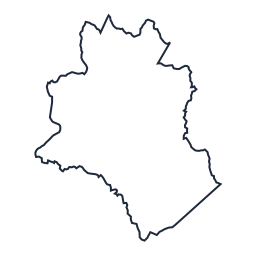 outline of Lagoa do Tocantins, Tocantins, Brazil
{"feature_id": "56859067B37733524281013", "entity_name": "Lagoa do Tocantins", "entity_type": "district", "adm_level": 2, "iso_a3": "BRA", "parent_name": "Brazil", "parent_adm1": "Tocantins", "projection": "natural_earth1", "projection_center": [-47.496, -10.345], "detail": "fine", "context": "isolated", "style": "outline", "palette": "slate", "viewbox_px": 256, "rotation_deg": 0, "n_neighbors": 0, "source": "geoboundaries", "source_scale": "gbopen_adm2", "svg_char_len": 3436}
<svg xmlns="http://www.w3.org/2000/svg" viewBox="0 0 256 256"><path d="M220.6,184.1L217.9,182.9L216.4,182.5L215.3,180.2L214.0,178.2L214.0,176.1L211.8,175.3L211.3,173.6L210.4,171.0L209.4,167.2L209.7,164.0L209.0,161.5L209.6,158.6L208.0,154.5L207.6,152.2L204.9,149.5L203.2,150.3L201.2,150.3L199.5,150.8L197.3,150.8L195.1,150.3L193.0,148.6L191.2,147.0L190.6,144.8L189.0,142.1L187.7,140.0L186.2,137.9L183.7,138.8L183.8,135.7L185.2,133.1L187.2,132.8L187.0,130.8L187.2,128.5L185.1,127.3L185.0,125.1L186.0,123.2L186.6,121.2L185.2,119.7L183.7,117.3L185.1,115.7L185.1,113.2L186.1,111.7L183.9,110.7L185.8,108.8L185.9,106.1L186.7,104.6L187.2,102.8L188.6,100.9L190.8,100.3L191.4,98.1L191.0,95.7L191.7,94.1L192.3,91.7L194.5,91.1L196.4,89.2L195.1,88.1L194.3,86.4L192.6,87.2L191.1,87.3L191.9,85.5L191.8,82.7L190.3,80.8L190.4,78.1L189.6,75.6L190.1,73.9L191.3,72.2L189.7,70.3L188.8,69.0L188.6,67.2L187.3,66.1L185.2,65.8L182.9,66.9L180.8,68.0L179.4,69.0L177.6,69.0L175.8,68.8L173.7,68.3L172.3,65.3L169.9,65.4L167.3,65.8L165.8,65.9L163.9,65.4L160.8,63.3L157.8,63.5L170.1,42.4L167.7,43.9L165.9,43.5L164.2,42.2L162.1,39.7L160.5,37.5L159.9,34.1L158.6,32.1L157.3,29.1L155.8,29.3L153.9,28.4L153.7,25.6L154.4,23.2L153.5,21.7L150.9,20.7L148.1,19.6L146.0,20.6L145.0,23.0L142.7,25.5L142.0,27.3L140.4,29.0L140.4,32.6L139.6,34.7L136.8,35.7L134.1,36.8L132.1,35.3L131.0,33.4L128.3,32.7L126.4,33.5L123.9,31.1L122.4,28.7L120.5,29.1L118.8,28.5L116.9,28.6L115.3,27.6L113.5,25.8L112.3,23.7L111.6,21.9L110.6,20.4L110.1,17.1L108.6,15.4L107.1,18.3L100.5,32.7L99.7,30.7L98.6,29.4L97.0,29.0L94.7,25.5L93.4,24.8L91.4,24.1L89.6,22.8L87.2,22.2L85.7,21.9L84.7,24.9L82.9,27.3L82.4,30.9L81.0,31.8L80.1,33.6L80.5,35.5L81.6,37.0L81.6,39.2L80.9,41.1L80.9,42.8L80.3,45.1L81.3,48.5L81.3,50.7L82.3,52.1L81.5,54.6L81.4,57.9L82.4,60.3L84.7,63.5L85.9,64.9L87.2,67.7L86.8,70.1L86.0,72.0L84.3,74.2L82.5,72.9L79.7,73.6L77.9,73.7L75.0,73.0L73.3,72.4L71.8,72.2L70.4,72.9L67.4,74.2L65.8,75.8L62.9,75.6L61.1,75.7L59.7,76.7L58.7,78.6L57.0,81.5L55.2,82.3L53.5,82.2L52.3,80.6L50.4,81.7L49.7,83.3L48.1,82.6L47.5,84.5L46.8,86.8L48.0,92.0L49.0,94.0L49.7,95.7L52.1,96.7L52.1,102.4L49.9,117.4L52.0,121.1L53.3,122.1L55.2,122.9L58.8,124.4L60.0,125.7L60.4,127.7L60.2,129.9L59.2,132.2L56.0,133.9L52.9,135.7L50.8,138.0L48.3,140.5L46.6,142.0L45.1,143.6L43.9,145.1L42.2,145.9L40.1,147.6L38.5,148.3L37.2,149.3L36.1,150.8L35.4,152.7L35.5,155.0L36.1,157.0L38.9,156.6L41.8,158.2L41.8,160.2L42.1,162.1L44.8,163.0L47.5,163.3L48.1,160.4L50.8,161.6L52.6,162.1L54.1,163.0L54.6,161.3L56.7,162.2L58.3,164.3L60.3,165.6L59.8,168.5L61.6,170.5L63.0,171.3L64.6,169.0L66.2,169.4L67.8,169.0L69.3,167.0L71.8,167.3L73.7,166.5L75.1,167.0L76.3,168.3L79.6,166.1L82.0,167.0L83.2,168.4L84.0,169.9L86.1,171.7L87.8,173.1L89.8,173.5L92.9,173.9L96.0,174.3L98.0,175.3L98.6,177.0L100.8,175.1L102.0,176.3L103.5,178.4L104.9,180.9L105.9,182.7L107.0,184.2L108.6,184.8L110.1,185.0L110.9,187.7L110.9,190.6L112.6,190.0L114.2,189.6L115.8,189.4L117.0,190.4L116.7,192.1L114.9,193.6L116.5,194.2L117.4,195.7L118.6,194.4L120.9,194.6L122.3,196.0L122.9,199.3L123.6,203.2L126.3,202.9L127.3,205.1L126.5,207.3L127.8,210.5L127.6,213.6L130.9,216.6L130.8,219.4L132.0,223.0L136.5,223.9L137.8,228.5L139.5,232.0L139.6,234.4L139.7,237.2L141.6,239.5L144.5,240.6L147.4,237.8L148.2,236.0L149.2,234.3L150.3,232.2L153.2,233.4L156.8,235.0L159.5,231.9L161.6,230.9L164.9,229.0L169.2,227.5L172.3,227.3L174.9,225.2L220.6,184.1Z" fill="none" stroke="#1e293b" stroke-width="2"/></svg>